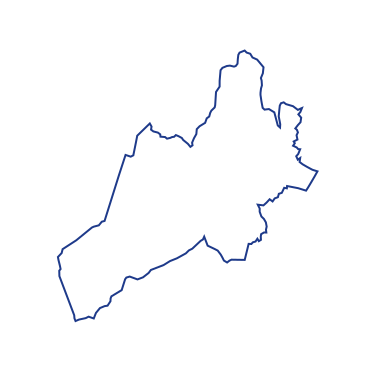 Osório, Rio Grande do Sul, Brazil (Equal Earth projection), rotated 11°
{"feature_id": "56859067B2511379563152", "entity_name": "Osório", "entity_type": "district", "adm_level": 2, "iso_a3": "BRA", "parent_name": "Brazil", "parent_adm1": "Rio Grande do Sul", "projection": "equal_earth", "projection_center": [-50.227, -29.915], "detail": "fine", "context": "isolated", "style": "outline", "palette": "blue", "viewbox_px": 384, "rotation_deg": 11, "n_neighbors": 0, "source": "geoboundaries", "source_scale": "gbopen_adm2", "svg_char_len": 2582}
<svg xmlns="http://www.w3.org/2000/svg" viewBox="0 0 384 384"><g transform="rotate(11 192 192)"><path d="M130.8,319.7L132.8,314.8L132.4,312.0L132.8,309.8L141.7,301.7L143.0,290.4L143.9,288.5L147.0,286.9L155.2,288.2L160.2,285.1L164.9,279.7L166.5,276.4L178.1,269.1L183.6,264.0L189.8,260.0L197.7,253.4L200.1,249.9L203.1,247.6L209.8,238.3L211.8,236.5L212.5,233.5L217.6,241.7L220.0,242.3L225.0,243.6L228.4,244.6L232.2,248.0L234.4,250.6L236.4,253.2L239.9,254.5L241.9,252.2L243.7,250.9L256.7,248.6L257.5,232.1L260.2,231.7L261.3,229.8L263.8,228.5L265.1,225.4L267.0,227.5L268.8,225.8L268.0,222.6L267.9,220.2L270.4,218.0L272.7,217.6L271.8,214.9L271.9,211.7L270.3,207.7L267.7,204.7L264.8,202.8L262.2,198.5L261.6,195.3L259.0,191.9L264.7,191.5L267.2,188.2L269.6,184.3L272.9,185.9L274.4,182.5L277.3,180.7L277.6,177.2L280.3,175.7L281.7,170.3L284.4,170.3L284.2,168.0L287.5,168.0L290.5,168.0L292.5,168.0L295.5,168.0L303.7,168.9L304.9,165.9L306.4,161.8L307.5,158.7L309.5,153.0L311.2,147.8L306.0,147.2L304.0,146.6L299.9,145.3L295.3,143.7L291.9,142.0L291.7,138.0L289.7,140.1L287.5,137.0L289.0,134.5L290.0,129.4L288.0,129.6L286.3,128.3L282.4,127.3L283.6,124.5L282.2,123.0L285.5,120.4L283.8,116.3L284.6,113.3L283.1,110.9L281.3,109.9L283.2,106.1L285.2,102.8L285.0,98.2L281.6,95.5L283.1,92.8L283.9,88.6L282.1,89.8L280.3,91.2L274.8,88.5L267.5,87.8L264.9,86.5L262.4,87.9L261.7,90.5L262.1,95.3L262.7,101.2L265.7,108.7L266.1,111.9L263.5,110.3L257.6,98.1L251.7,95.9L249.5,96.6L247.5,97.3L245.3,95.9L243.5,91.4L242.7,89.3L240.7,83.6L240.3,81.4L240.0,77.1L240.3,74.0L239.1,69.4L237.9,67.0L238.9,62.0L238.4,55.9L230.7,49.6L225.7,48.4L222.8,45.2L219.0,44.7L216.7,43.1L212.1,46.1L211.3,48.5L211.6,52.7L212.2,57.4L210.9,60.0L209.3,60.9L205.1,60.7L202.1,61.7L198.2,64.3L196.8,67.0L197.9,77.5L199.0,83.3L196.5,89.2L198.2,102.4L198.1,104.7L195.5,108.4L194.8,110.7L194.5,114.6L192.4,116.9L191.7,121.6L186.9,126.0L184.7,129.4L185.2,134.3L183.7,138.8L183.2,141.1L182.7,143.6L183.6,146.1L181.8,148.0L178.8,145.5L173.4,142.6L171.7,140.9L168.2,139.8L165.3,139.2L163.9,141.2L161.9,141.9L160.4,143.0L157.3,144.4L155.1,143.2L150.5,143.7L149.8,141.5L147.2,140.2L142.5,139.9L139.9,138.6L139.8,135.5L137.5,132.8L127.5,147.2L127.5,154.6L127.4,167.2L125.1,169.0L119.7,168.3L117.1,189.3L111.7,237.1L109.1,238.4L106.9,242.5L102.3,244.7L100.6,245.9L87.6,261.5L75.9,272.8L75.7,276.8L72.8,281.4L73.9,284.2L76.4,289.6L77.7,292.7L76.7,294.6L77.9,299.9L99.9,335.5L100.7,338.4L102.3,340.9L105.4,338.8L111.7,336.1L114.3,334.1L119.7,334.9L120.8,329.0L123.8,323.5L128.0,320.7L130.8,319.7Z" fill="none" stroke="#1e3a8a" stroke-width="2"/></g></svg>